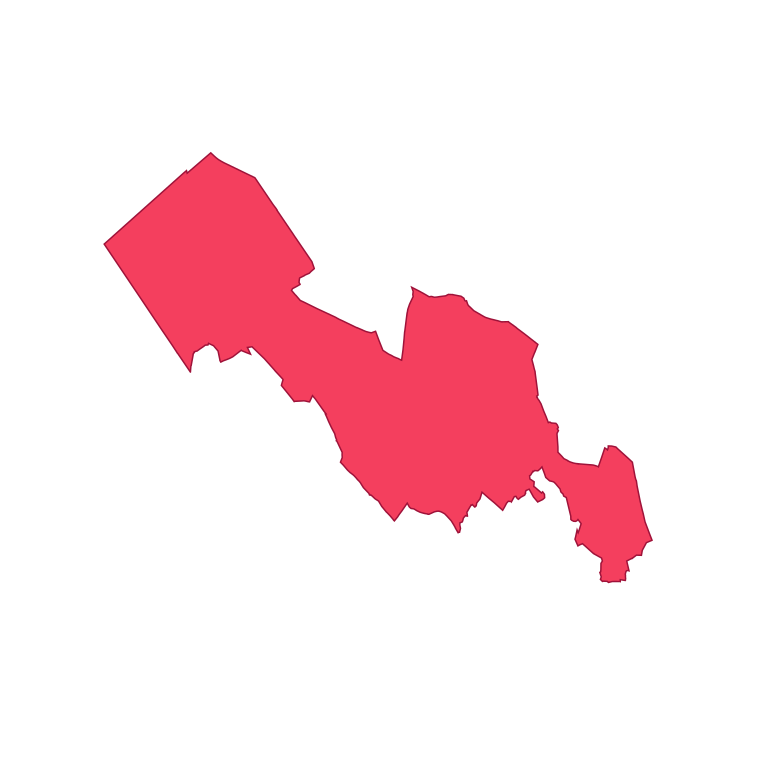 the district of Džūkstes pag., Tukums, Latvia, rotated 243°
{"feature_id": "27541924B93568350942485", "entity_name": "Džūkstes pag.", "entity_type": "district", "adm_level": 2, "iso_a3": "LVA", "parent_name": "Latvia", "parent_adm1": "Tukums", "projection": "natural_earth1", "projection_center": [23.27, 56.788], "detail": "fine", "context": "isolated", "style": "filled", "palette": "rose", "viewbox_px": 768, "rotation_deg": 243, "n_neighbors": 0, "source": "geoboundaries", "source_scale": "gbopen_adm2", "svg_char_len": 6025}
<svg xmlns="http://www.w3.org/2000/svg" viewBox="0 0 768 768"><g transform="rotate(243 384 384)"><path d="M106.3,517.5L116.1,519.9L116.1,521.7L116.1,525.9L115.9,525.9L116.9,531.2L114.5,535.6L118.5,538.6L123.5,545.8L123.1,551.9L129.2,552.5L142.7,554.0L150.8,556.1L154.1,556.8L161.5,558.6L163.2,559.0L178.2,563.2L183.1,564.9L184.8,565.0L187.4,565.6L201.6,569.8L207.1,567.8L219.9,562.9L222.6,562.0L225.0,559.1L225.5,558.4L227.0,555.7L225.5,554.9L223.8,553.2L225.6,552.4L226.8,551.7L219.9,544.7L212.9,537.4L213.4,537.1L215.0,535.6L216.2,534.3L216.9,533.5L217.9,531.9L223.8,522.3L225.0,520.5L224.8,520.5L227.5,517.0L229.9,514.6L232.1,512.9L232.3,513.0L235.8,510.4L239.3,509.5L244.2,508.0L249.0,510.4L259.4,514.8L260.4,515.2L261.6,515.9L263.3,518.3L265.3,518.0L266.0,519.5L267.5,519.7L269.0,519.8L270.9,519.3L273.3,515.4L274.8,514.5L275.0,512.9L281.6,513.6L287.3,514.0L295.1,514.9L299.0,514.7L300.5,514.4L302.7,514.2L302.7,514.5L303.9,514.6L304.2,516.2L308.3,517.7L309.7,518.2L325.2,523.7L326.4,524.2L329.5,524.8L332.3,525.5L338.7,526.9L343.3,532.1L343.9,532.9L349.4,539.1L365.7,531.5L373.0,527.9L374.4,527.4L382.6,523.2L383.0,523.2L385.7,517.6L385.7,517.4L386.5,516.4L388.8,514.0L389.7,512.9L391.9,510.4L393.4,508.6L396.9,505.0L398.0,504.1L401.2,502.0L408.5,497.3L413.8,495.5L415.0,495.0L416.7,494.7L420.7,495.3L420.8,494.6L421.1,494.2L421.7,493.9L424.2,494.1L427.2,492.5L432.4,485.8L432.5,485.8L434.6,482.0L434.6,481.6L434.6,480.1L434.6,479.8L434.5,479.3L434.7,478.6L436.5,473.6L437.5,470.5L437.8,469.8L438.4,468.3L439.3,467.3L440.0,466.6L440.3,466.3L440.7,465.5L441.2,463.9L441.4,463.7L444.9,461.5L450.7,457.6L457.6,452.6L453.2,452.0L450.5,450.2L448.7,449.7L443.5,443.0L439.7,439.1L435.2,435.8L435.3,435.8L421.9,426.7L421.4,426.3L420.7,425.8L415.3,422.5L405.9,416.5L397.2,410.5L398.1,409.7L400.4,408.1L401.3,407.2L403.9,405.0L406.1,403.6L408.5,401.7L414.5,398.3L425.3,399.3L434.8,400.4L435.3,396.4L435.4,395.9L437.0,393.9L439.0,391.7L441.7,389.4L441.8,389.4L446.0,385.9L446.5,385.5L446.5,385.3L458.9,375.9L462.7,372.9L463.0,372.8L463.0,372.7L465.2,371.3L465.9,370.8L481.5,358.6L492.9,350.1L496.5,347.3L503.1,345.7L503.4,345.5L509.4,344.1L510.5,345.8L510.6,350.9L510.8,354.3L510.9,354.5L511.0,354.5L513.1,354.4L516.1,356.4L516.8,357.0L516.7,362.1L516.9,363.3L516.6,367.7L517.4,370.1L518.4,374.2L518.5,374.3L525.7,375.3L557.6,371.2L558.0,371.2L581.8,368.2L587.4,367.5L587.5,367.7L590.8,367.3L591.4,367.1L594.5,366.6L626.4,362.6L653.7,341.9L656.5,340.0L659.1,338.4L661.6,337.2L664.4,336.1L668.6,334.6L661.2,304.3L663.8,304.9L662.9,301.1L635.7,198.2L570.0,206.2L532.3,210.7L514.0,213.0L505.6,213.9L505.2,213.9L505.1,214.0L504.7,214.1L482.6,216.9L482.6,217.0L487.7,220.1L487.8,220.3L488.0,220.6L496.8,227.3L497.0,227.3L497.4,227.6L498.1,229.0L498.5,229.1L498.3,229.5L498.8,230.1L498.8,230.4L498.2,232.5L498.3,232.7L498.4,233.4L498.4,233.6L498.7,235.3L499.4,240.6L499.8,242.3L498.7,244.9L499.9,246.1L495.5,249.5L491.3,250.5L488.7,251.1L479.9,248.7L479.6,248.5L477.8,248.5L477.8,248.8L477.6,248.8L477.6,250.5L477.6,251.4L477.2,254.7L476.9,257.9L476.9,261.6L478.2,268.5L478.6,270.6L478.8,271.6L478.9,272.1L478.4,272.3L478.0,272.6L474.5,275.6L471.2,278.6L478.6,278.9L477.6,281.7L477.1,283.3L460.9,288.9L446.8,292.6L444.9,293.0L434.4,296.0L433.7,296.0L431.5,293.9L429.3,291.9L412.3,295.5L409.1,296.0L409.1,296.6L406.0,303.5L405.6,304.6L404.7,306.0L402.5,308.6L402.0,309.5L401.9,309.6L402.0,309.7L406.1,315.0L401.8,316.0L386.6,318.2L383.7,318.8L383.9,318.1L381.1,318.0L375.5,317.6L369.1,317.4L362.1,317.5L358.2,316.6L356.0,316.5L355.1,315.7L354.4,316.1L342.1,315.7L339.6,314.3L339.4,314.3L337.3,313.3L334.1,309.7L330.2,310.9L323.9,312.4L320.2,313.7L320.1,313.8L317.4,315.1L315.9,315.7L313.1,316.5L310.8,317.0L308.4,317.8L306.3,318.2L305.6,318.2L301.0,318.6L293.3,320.9L292.0,320.7L291.8,321.2L291.3,321.1L290.8,322.1L287.6,323.3L286.3,323.7L285.4,324.1L282.2,326.0L276.0,326.4L268.8,328.0L268.7,328.0L268.4,328.2L267.1,328.6L263.8,329.6L258.6,330.8L258.4,330.7L257.3,331.1L259.4,335.8L260.8,338.2L262.8,342.3L267.3,350.6L263.4,350.7L262.7,350.8L260.8,351.6L259.3,353.8L257.8,354.8L256.4,355.6L253.4,357.9L251.6,359.8L250.1,361.5L248.4,363.8L248.1,363.9L247.5,364.9L247.2,371.0L246.5,373.7L245.8,375.1L244.4,376.6L243.4,377.4L240.9,379.1L237.8,380.1L231.6,381.8L226.6,382.2L223.2,382.3L223.1,382.2L218.2,382.5L218.3,382.6L217.6,384.0L220.6,386.6L224.1,387.6L225.8,388.6L225.6,391.2L226.9,392.5L228.6,394.0L229.7,396.9L228.8,397.8L228.4,398.2L228.4,398.4L231.8,399.5L232.1,399.7L235.4,404.7L235.8,405.5L236.6,406.6L236.4,406.7L236.2,407.1L236.4,408.0L233.3,408.9L233.1,409.1L233.2,409.5L233.6,409.9L233.5,410.8L235.9,412.6L238.0,417.3L243.1,422.2L234.1,425.8L228.3,428.3L217.6,432.4L219.6,435.5L221.5,438.2L222.1,439.0L223.1,441.5L222.2,442.9L221.3,444.1L221.2,444.1L224.5,449.0L224.0,450.6L222.3,450.6L220.3,451.3L220.4,452.1L221.0,454.5L221.1,458.8L222.4,460.6L222.8,460.5L224.6,462.1L224.4,465.6L222.0,465.7L215.6,465.9L209.8,467.2L209.6,467.4L209.1,467.4L209.0,473.0L209.7,475.5L212.9,476.9L215.9,476.4L215.4,474.9L223.8,471.5L224.6,470.9L228.7,473.4L233.0,471.0L233.3,470.9L233.5,471.0L236.2,472.1L236.2,472.3L236.3,473.3L238.6,477.1L238.1,477.3L238.5,478.9L236.8,481.7L237.3,484.1L238.4,487.1L231.4,486.3L227.3,485.7L222.5,487.6L221.1,489.3L219.9,490.6L218.9,491.1L217.0,491.7L210.6,493.2L207.5,492.6L204.5,493.6L202.6,493.2L200.1,494.9L181.4,490.4L178.5,489.0L177.3,489.4L175.6,490.7L174.6,492.4L174.6,493.9L175.2,495.3L170.6,496.2L170.0,496.2L165.3,491.6L163.4,489.5L166.3,489.8L160.9,485.4L159.0,483.7L151.7,483.3L151.8,484.1L151.8,485.5L151.6,488.4L150.9,488.6L148.7,489.5L138.0,493.6L137.8,493.9L137.6,493.8L130.2,498.8L127.1,498.2L125.7,495.9L120.2,493.0L118.3,491.8L118.2,490.8L113.5,490.0L111.6,488.1L108.9,489.0L108.7,490.0L106.8,493.3L105.3,493.9L104.4,497.6L103.8,498.9L100.8,504.7L100.7,504.8L102.4,505.7L99.4,509.8L99.7,510.2L100.2,510.4L101.2,511.1L102.2,511.4L103.9,512.3L105.1,512.7L106.3,513.8L107.0,514.4L107.5,515.3L107.4,515.8L107.1,516.6L106.3,517.5Z" fill="#f43f5e" stroke="#9f1239" stroke-width="1.5"/></g></svg>